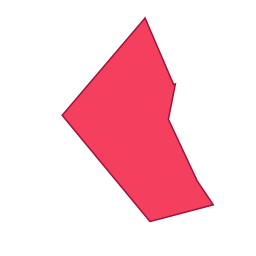 68, Al Daayen, Qatar (Equal Earth projection), rotated 342°
{"feature_id": "91078587B27040506800660", "entity_name": "68", "entity_type": "district", "adm_level": 2, "iso_a3": "QAT", "parent_name": "Qatar", "parent_adm1": "Al Daayen", "projection": "equal_earth", "projection_center": [51.494, 25.372], "detail": "fine", "context": "isolated", "style": "filled", "palette": "rose", "viewbox_px": 256, "rotation_deg": 342, "n_neighbors": 0, "source": "geoboundaries", "source_scale": "gbopen_adm2", "svg_char_len": 334}
<svg xmlns="http://www.w3.org/2000/svg" viewBox="0 0 256 256"><g transform="rotate(342 128 128)"><path d="M186.7,100.7L184.8,100.9L178.2,28.6L178.0,28.8L177.7,29.0L69.3,95.6L120.0,223.7L121.5,223.8L185.4,227.4L184.8,225.3L177.5,200.0L169.1,132.2L186.3,101.4L186.7,100.7Z" fill="#f43f5e" stroke="#9f1239" stroke-width="1.5"/></g></svg>